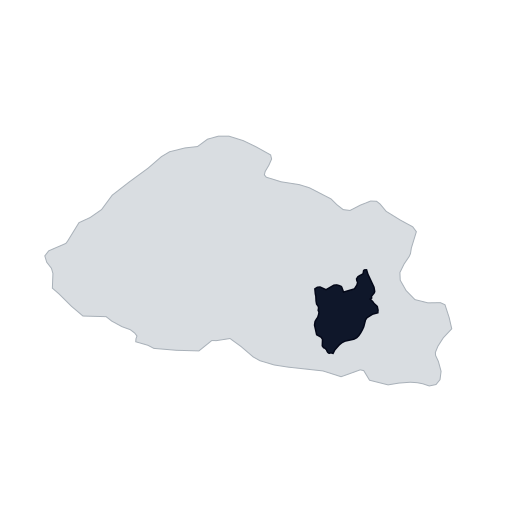 Mongar on a map of Bhutan (Albers equal-area conic projection), rotated 12°
{"feature_id": "BTN-2490", "entity_name": "Mongar", "entity_type": "District", "adm_level": 1, "iso_a3": "BTN", "parent_name": "Bhutan", "parent_adm1": "", "projection": "albers", "projection_center": [91.21, 27.259], "detail": "fine", "context": "in_parent", "style": "filled", "palette": "ink", "viewbox_px": 512, "rotation_deg": 12, "n_neighbors": 0, "source": "natural_earth", "source_scale": "10m", "svg_char_len": 2522}
<svg xmlns="http://www.w3.org/2000/svg" viewBox="0 0 512 512"><g transform="rotate(12 256 256)"><path d="M406.6,221.6L405.9,224.7L402.5,233.1L400.2,242.2L402.1,249.7L410.0,258.6L420.5,265.6L433.8,266.1L446.1,263.3L451.0,264.4L457.8,276.2L462.6,286.5L456.2,297.1L452.7,306.4L451.5,313.0L452.3,315.9L456.3,321.2L461.0,330.3L461.7,338.7L458.8,344.3L452.5,347.1L445.7,346.3L440.1,346.4L433.1,347.4L422.2,350.6L412.0,354.6L392.9,353.9L385.2,345.7L381.6,345.7L364.3,356.4L345.3,354.5L310.8,358.0L296.4,358.8L281.6,357.6L274.2,355.3L260.3,347.7L247.7,342.1L234.9,347.0L230.3,347.9L219.9,360.7L197.6,364.8L175.3,367.6L168.8,365.8L156.2,364.9L155.8,361.9L156.2,359.0L153.4,356.6L148.3,354.2L139.6,353.0L128.5,349.7L122.0,346.5L99.2,350.7L86.0,343.6L71.1,334.0L63.5,329.8L61.0,315.3L58.5,310.6L52.6,305.6L49.4,299.8L52.2,294.0L67.4,283.2L68.6,280.7L75.9,260.2L85.7,252.9L95.3,242.7L102.7,226.4L116.8,209.7L132.2,192.5L142.8,178.5L149.8,172.0L164.0,165.1L176.0,161.1L184.3,151.8L194.3,146.6L204.5,144.4L219.5,145.8L233.7,149.3L249.3,154.1L251.1,157.9L249.7,164.6L247.4,171.4L247.3,174.9L249.7,176.8L265.0,178.2L283.7,177.2L294.2,178.2L317.6,184.6L324.4,189.0L331.6,192.5L338.5,191.9L347.4,184.6L356.7,178.4L362.5,177.4L366.6,179.4L374.1,185.3L389.5,190.8L403.3,194.9L407.8,198.9L406.3,215.9L406.6,221.6Z" fill="#d9dde1" stroke="#a8b0b8" stroke-width="1"/><path d="M367.0,246.5L369.2,250.5L377.9,262.0L379.4,265.8L379.5,266.3L379.3,267.5L377.3,271.4L377.9,273.1L376.6,274.4L379.6,276.3L381.3,277.9L384.6,279.8L385.2,280.3L385.5,280.9L385.6,281.4L386.3,282.8L386.6,283.5L386.7,283.9L386.7,284.5L387.0,286.2L382.1,288.7L377.3,293.4L376.4,295.8L376.1,302.9L375.7,304.6L375.4,306.0L374.4,309.3L373.1,312.5L371.5,315.0L369.1,317.0L360.7,320.8L358.1,322.9L356.0,325.5L352.6,331.5L351.6,335.3L349.4,335.1L348.0,335.9L347.4,335.9L346.3,335.4L345.4,334.5L344.5,333.2L343.3,332.3L342.3,331.8L341.3,331.7L340.2,330.8L339.5,330.1L338.4,323.7L336.9,322.2L336.3,321.8L331.7,320.4L327.6,311.4L327.4,307.7L328.2,305.3L329.1,303.2L329.2,302.3L329.4,300.1L329.3,297.9L328.1,296.2L328.0,293.9L327.8,293.3L327.5,292.5L325.7,290.8L325.3,290.5L324.1,287.5L322.9,282.9L321.9,280.7L320.4,275.9L322.2,274.1L322.6,273.8L325.1,273.0L331.5,274.4L338.3,268.3L341.0,267.5L343.1,267.6L345.5,268.0L346.3,268.6L349.1,273.1L359.1,267.7L360.7,263.5L360.9,261.0L360.7,260.4L359.8,259.2L359.1,257.5L360.0,255.1L361.3,253.8L364.3,251.3L364.4,250.2L364.3,247.9L364.7,247.3L365.3,246.9L365.8,246.8L367.0,246.5Z" fill="#0f172a" stroke="#020617" stroke-width="1.5"/></g></svg>